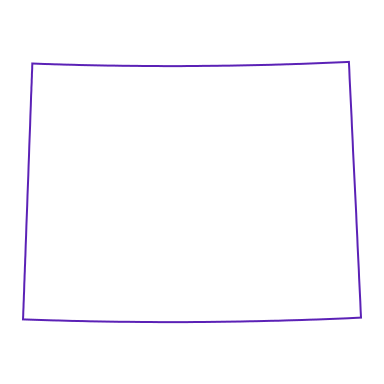 map outline of Wyoming (Albers equal-area conic projection)
{"feature_id": "USA-3527", "entity_name": "Wyoming", "entity_type": "State", "adm_level": 1, "iso_a3": "USA", "parent_name": "United States of America", "parent_adm1": "", "projection": "albers", "projection_center": [-107.983, 43.0], "detail": "fine", "context": "isolated", "style": "outline", "palette": "violet", "viewbox_px": 384, "rotation_deg": 0, "n_neighbors": 0, "source": "natural_earth", "source_scale": "10m", "svg_char_len": 2314}
<svg xmlns="http://www.w3.org/2000/svg" viewBox="0 0 384 384"><path d="M23.0,319.4L23.2,315.4L23.3,311.4L23.5,307.4L23.6,303.4L23.8,299.4L23.9,295.4L24.1,291.4L24.2,287.4L24.3,283.4L24.5,279.4L24.6,275.4L24.8,271.4L24.9,267.4L25.1,263.4L25.2,259.4L25.4,255.4L25.7,245.4L26.1,235.5L26.4,225.5L26.8,215.5L27.2,205.5L27.5,195.5L27.9,185.5L28.3,175.5L28.6,165.5L29.0,155.6L29.3,145.6L29.7,135.6L30.1,125.6L30.4,115.6L30.8,105.6L31.1,95.6L31.2,93.7L31.3,91.8L31.4,89.8L31.4,87.9L31.5,85.9L31.6,84.0L31.7,82.0L31.7,80.1L31.8,78.2L31.9,76.2L31.9,74.3L32.0,72.3L32.1,70.4L32.2,68.5L32.2,66.5L32.3,64.6L32.3,63.5L34.6,63.6L39.6,63.8L44.5,64.0L49.4,64.1L54.3,64.3L59.2,64.4L64.2,64.6L69.1,64.7L74.0,64.8L78.9,65.0L83.9,65.1L88.8,65.2L93.7,65.3L98.6,65.4L103.6,65.5L108.5,65.6L113.4,65.6L118.3,65.7L123.3,65.8L128.2,65.8L133.1,65.9L138.0,65.9L143.0,66.0L147.9,66.0L152.8,66.0L157.7,66.0L162.7,66.1L167.6,66.1L172.5,66.1L177.4,66.1L182.4,66.1L187.3,66.0L192.2,66.0L197.1,66.0L202.1,65.9L207.0,65.9L211.9,65.8L216.8,65.8L221.8,65.7L226.7,65.7L231.6,65.6L236.5,65.5L241.5,65.4L246.4,65.3L251.3,65.2L256.2,65.1L261.1,65.0L266.1,64.9L271.0,64.8L275.9,64.6L280.8,64.5L285.8,64.3L290.7,64.2L295.6,64.0L300.5,63.9L305.5,63.7L310.4,63.5L315.3,63.3L320.2,63.1L325.1,62.9L330.1,62.7L335.0,62.5L339.9,62.3L344.8,62.1L348.9,61.9L349.3,69.9L349.6,78.0L350.0,85.8L350.4,93.9L350.8,101.9L351.2,109.8L351.6,117.8L351.9,125.8L352.3,133.8L352.7,141.8L353.0,149.8L353.4,157.8L353.8,165.8L354.2,173.8L354.6,181.8L355.0,189.8L355.4,197.7L355.8,205.7L356.2,213.7L356.5,221.7L356.9,229.7L357.3,237.7L357.6,245.7L358.0,253.7L358.4,261.7L358.8,269.7L359.1,277.7L359.5,285.7L359.9,293.7L360.3,301.7L360.6,309.7L361.0,317.6L354.9,317.9L347.4,318.3L339.8,318.6L332.2,318.9L324.6,319.2L317.0,319.5L309.5,319.7L301.9,320.0L294.3,320.2L286.7,320.4L279.1,320.7L271.5,320.8L264.0,321.0L256.4,321.2L248.8,321.3L241.2,321.5L233.6,321.6L226.0,321.7L218.4,321.8L210.9,321.9L203.3,322.0L195.7,322.0L188.1,322.1L180.5,322.1L172.9,322.1L165.3,322.1L157.7,322.1L150.2,322.0L142.6,322.0L135.0,321.9L127.4,321.8L119.8,321.8L113.8,321.7L107.7,321.6L101.7,321.5L95.6,321.4L89.6,321.3L83.5,321.1L77.5,321.0L71.4,320.9L65.4,320.7L59.3,320.5L53.3,320.4L47.2,320.2L41.2,320.0L35.1,319.8L29.1,319.6L23.0,319.4L23.0,319.4Z" fill="none" stroke="#5b21b6" stroke-width="2"/></svg>